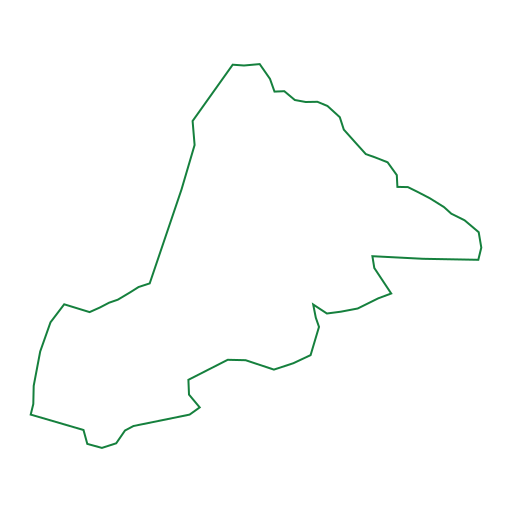 the district of Mato Grosso, Paraíba, Brazil
{"feature_id": "56859067B53258428932358", "entity_name": "Mato Grosso", "entity_type": "district", "adm_level": 2, "iso_a3": "BRA", "parent_name": "Brazil", "parent_adm1": "Paraíba", "projection": "albers", "projection_center": [-37.732, -6.546], "detail": "fine", "context": "isolated", "style": "outline", "palette": "green", "viewbox_px": 512, "rotation_deg": 0, "n_neighbors": 0, "source": "geoboundaries", "source_scale": "gbopen_adm2", "svg_char_len": 950}
<svg xmlns="http://www.w3.org/2000/svg" viewBox="0 0 512 512"><path d="M30.7,414.6L83.5,430.0L87.3,443.9L101.9,447.9L116.2,443.3L125.0,430.5L133.5,426.0L189.6,414.6L199.7,407.4L189.0,394.6L188.4,379.8L227.7,359.8L245.6,360.2L273.9,369.6L293.4,363.2L310.6,355.1L319.0,326.9L315.8,317.7L313.2,304.5L326.9,313.5L340.8,311.7L357.7,308.5L378.3,298.3L391.2,293.5L374.3,268.0L372.4,256.2L423.1,258.8L478.3,259.8L481.3,247.6L478.7,232.2L464.6,220.3L451.3,213.7L444.0,207.1L429.9,198.3L417.2,191.7L407.9,187.1L397.4,186.9L396.8,175.1L387.6,162.3L374.9,157.3L365.8,154.1L354.9,142.0L343.8,129.6L339.8,117.2L327.5,106.0L317.4,101.8L305.7,102.0L294.8,100.0L284.3,91.2L274.5,91.6L270.0,78.9L259.7,64.1L244.0,65.5L232.7,64.7L192.6,121.0L194.6,145.0L181.5,189.5L149.7,283.4L138.6,287.0L129.9,292.5L117.8,299.7L109.1,302.7L99.9,307.5L89.6,312.1L64.2,304.3L50.5,322.3L40.2,351.5L33.7,385.8L33.3,404.0L30.7,414.6Z" fill="none" stroke="#15803d" stroke-width="2"/></svg>